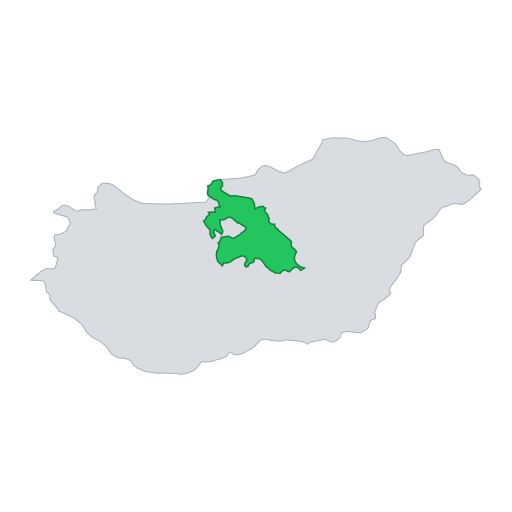 Pest highlighted on a map of Hungary
{"feature_id": "HUN-3164", "entity_name": "Pest", "entity_type": "County", "adm_level": 1, "iso_a3": "HUN", "parent_name": "Hungary", "parent_adm1": "", "projection": "natural_earth1", "projection_center": [19.256, 47.5], "detail": "fine", "context": "in_parent", "style": "filled", "palette": "green", "viewbox_px": 512, "rotation_deg": 0, "n_neighbors": 0, "source": "natural_earth", "source_scale": "10m", "svg_char_len": 4710}
<svg xmlns="http://www.w3.org/2000/svg" viewBox="0 0 512 512"><path d="M431.5,150.0L437.7,149.3L438.0,149.4L439.5,149.8L440.6,153.7L440.8,154.0L442.3,156.5L443.8,160.0L446.1,162.5L450.9,163.6L457.4,166.8L461.6,172.8L467.8,175.3L468.3,175.4L469.5,175.1L473.9,174.9L474.8,176.1L478.5,179.0L479.9,181.6L479.2,184.4L479.9,187.5L481.3,188.6L479.7,190.7L468.2,201.1L463.7,203.9L460.7,204.4L456.0,203.3L451.1,204.2L446.7,206.4L442.7,207.1L439.7,209.8L435.8,215.5L431.0,220.3L426.2,223.3L423.6,225.9L423.5,235.2L420.8,237.8L417.1,240.5L415.2,242.9L409.8,257.0L405.6,261.5L401.6,264.9L401.0,268.1L401.1,271.7L396.6,279.0L390.7,286.5L389.5,289.6L390.9,293.7L385.2,298.5L381.9,300.8L379.2,301.9L377.5,304.9L374.8,312.2L375.5,315.5L375.6,318.5L370.8,320.3L369.4,323.5L368.2,327.7L366.2,329.5L360.7,332.9L347.2,331.4L342.0,332.6L340.5,335.0L340.2,337.0L338.5,338.8L335.5,341.1L332.3,342.2L325.2,339.3L310.0,342.2L307.4,344.3L305.3,342.8L302.0,341.5L286.8,339.8L280.8,341.1L272.8,340.6L265.4,339.1L259.8,340.3L255.0,346.1L252.5,348.0L250.6,349.3L246.4,351.1L243.0,353.3L238.3,354.8L234.1,354.6L230.2,352.1L228.8,352.7L227.5,355.0L225.4,356.9L219.5,359.3L218.0,359.3L217.7,359.3L213.1,361.1L205.7,362.1L202.0,361.4L195.1,369.4L193.1,370.8L186.6,373.3L181.3,374.5L176.8,373.5L175.0,373.4L154.9,373.0L144.4,371.3L137.6,368.2L133.2,364.7L131.0,360.8L125.8,358.5L117.6,357.7L111.2,353.8L106.7,347.0L100.6,341.6L92.8,337.6L86.6,332.0L82.1,324.7L74.0,318.1L62.1,312.3L58.6,311.1L57.9,309.2L52.1,302.0L49.7,299.3L50.0,295.7L48.8,293.7L46.7,292.3L45.7,287.1L45.0,283.2L43.4,280.8L30.7,280.2L41.5,271.0L46.8,268.5L52.9,268.9L54.9,268.1L55.4,266.8L56.5,263.8L57.0,260.9L57.6,258.3L57.0,256.8L54.0,256.3L52.7,249.7L54.2,247.3L55.8,245.5L54.0,237.6L54.6,234.9L59.4,234.4L63.3,232.7L66.6,230.8L67.5,228.3L70.2,223.3L67.9,217.2L54.1,213.2L53.4,211.6L56.7,209.9L60.1,207.4L62.1,205.5L64.8,205.2L68.5,206.2L75.1,210.6L77.6,211.3L80.1,210.0L82.7,209.7L90.1,209.9L96.3,208.8L94.9,204.1L95.0,200.6L93.9,197.9L94.6,194.9L97.2,192.5L98.0,187.2L101.9,183.6L103.7,183.1L110.5,183.8L112.1,184.7L113.1,184.9L123.8,193.6L134.0,200.2L142.4,203.5L154.7,203.8L167.8,204.1L189.8,203.0L206.2,202.1L207.3,200.5L209.8,196.5L207.8,193.2L208.0,189.2L210.7,184.1L218.8,179.8L242.1,178.0L255.4,174.8L257.4,170.5L261.9,166.2L265.9,165.3L271.4,167.3L278.1,171.1L284.0,173.1L287.4,171.8L299.2,165.4L312.7,159.2L322.0,142.4L322.9,139.7L333.0,137.8L347.8,138.2L355.4,140.3L361.1,141.5L369.6,141.1L381.8,137.5L386.4,137.6L389.9,140.2L393.8,142.4L396.4,145.1L398.5,148.9L399.5,150.3L401.3,152.2L404.4,154.9L407.4,155.6L430.1,151.0L431.5,150.0Z" fill="#d9dde1" stroke="#a8b0b8" stroke-width="1"/><path d="M212.2,198.3L212.3,198.3L209.8,196.7L207.9,195.0L207.4,193.5L207.6,191.7L208.3,188.2L208.1,187.2L207.6,186.9L207.5,186.6L208.4,185.7L209.0,185.4L210.3,185.2L210.9,184.7L212.7,181.6L213.8,180.8L220.1,179.5L222.4,182.3L222.5,186.2L220.2,188.0L221.8,190.9L230.0,195.9L235.4,195.8L249.5,198.1L252.1,199.1L254.3,203.4L254.9,208.9L258.9,207.0L263.0,206.3L264.0,207.6L264.8,208.0L265.6,208.1L265.2,209.3L264.4,210.4L265.1,211.9L266.4,213.1L268.2,215.8L268.3,217.2L269.3,218.3L268.6,220.8L269.9,223.1L272.0,224.3L274.5,224.1L274.8,225.6L274.8,227.0L277.6,229.1L278.8,230.6L290.8,240.8L291.4,242.0L291.4,243.5L291.1,244.8L291.3,246.0L292.4,247.6L294.1,248.6L296.5,251.9L294.7,255.8L294.4,259.9L296.5,263.7L300.3,266.6L304.5,268.0L300.8,270.4L298.3,268.1L296.1,266.9L294.1,267.7L292.2,268.9L289.5,271.8L287.4,271.2L285.4,269.9L283.3,270.3L281.4,271.8L280.3,273.2L279.0,273.3L277.8,273.0L275.6,273.0L270.5,270.3L267.5,267.6L265.9,266.3L262.3,261.0L259.7,258.8L255.2,258.2L254.2,259.3L254.1,261.0L253.3,262.2L251.2,262.9L249.3,263.9L247.9,266.4L245.9,267.0L244.6,265.2L245.1,262.8L246.7,260.6L246.4,258.1L244.5,256.4L242.1,255.8L234.9,258.6L230.0,262.1L226.9,262.9L223.7,263.0L222.3,265.9L219.0,262.4L218.0,261.8L217.6,261.0L217.1,259.3L216.4,256.0L216.4,254.4L216.6,252.6L216.9,251.0L218.3,248.6L219.1,244.4L218.0,243.0L219.7,241.7L220.6,239.5L221.1,237.4L228.6,236.2L232.0,238.0L233.9,238.2L240.3,234.3L241.5,232.9L244.7,230.8L246.2,227.5L245.2,226.6L243.9,226.2L238.9,222.8L237.4,223.0L237.2,222.0L234.7,220.5L233.3,218.9L230.4,217.3L227.2,217.5L225.7,218.9L223.8,219.6L219.8,220.1L220.4,225.1L222.7,230.8L222.8,231.9L221.5,234.4L219.5,232.4L217.2,231.2L215.4,229.6L213.7,230.2L214.1,233.1L215.3,235.9L212.5,238.5L211.6,237.6L209.9,233.9L210.3,231.5L209.6,229.4L206.2,225.7L203.6,221.1L205.3,219.7L206.3,217.5L207.7,215.9L209.6,214.7L209.2,213.5L208.5,212.4L212.0,212.0L215.4,212.3L214.7,208.0L217.4,207.2L219.0,207.6L220.2,206.7L219.3,206.0L218.9,203.4L218.3,202.0L216.8,200.0L214.4,199.6L212.4,198.3L212.2,198.3Z" fill="#22c55e" stroke="#15803d" stroke-width="1.5"/></svg>